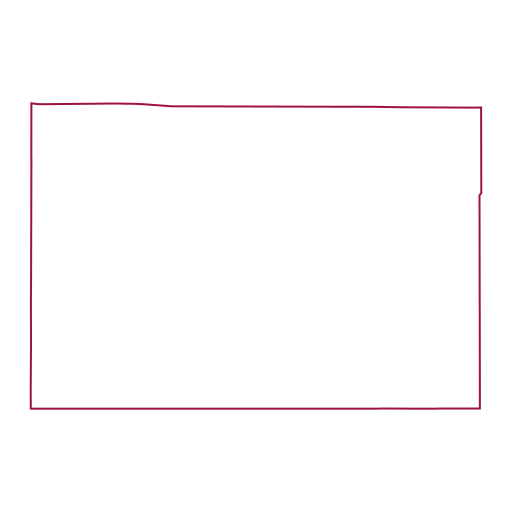 Cimarron, Oklahoma, United States of America (Equal Earth projection)
{"feature_id": "52423323B34412433575069", "entity_name": "Cimarron", "entity_type": "district", "adm_level": 2, "iso_a3": "USA", "parent_name": "United States of America", "parent_adm1": "Oklahoma", "projection": "equal_earth", "projection_center": [-102.557, 36.75], "detail": "fine", "context": "isolated", "style": "outline", "palette": "rose", "viewbox_px": 512, "rotation_deg": 0, "n_neighbors": 0, "source": "geoboundaries", "source_scale": "gbopen_adm2", "svg_char_len": 535}
<svg xmlns="http://www.w3.org/2000/svg" viewBox="0 0 512 512"><path d="M419.6,408.7L436.8,408.7L438.3,408.5L479.9,408.5L479.5,195.4L481.3,193.0L481.1,107.5L474.6,107.6L469.0,107.6L409.1,107.3L398.0,107.2L373.7,106.8L330.1,106.7L171.8,106.3L151.5,104.8L143.3,104.2L134.7,103.8L124.9,103.7L116.9,103.5L105.4,103.6L41.9,104.2L39.0,104.2L38.5,104.2L31.4,103.3L31.3,157.3L31.4,158.5L31.1,274.7L30.9,301.7L31.0,337.2L31.0,346.0L30.7,392.6L30.8,408.7L378.9,408.7L381.4,408.5L419.6,408.7Z" fill="none" stroke="#9f1239" stroke-width="2"/></svg>